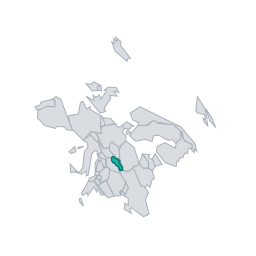 where Slovakia sits in Europe, rotated 61°
{"feature_id": "SVK", "entity_name": "Slovakia", "entity_type": "country or territory", "adm_level": 0, "iso_a3": "SVK", "parent_name": "Europe", "parent_adm1": "", "projection": "robinson", "projection_center": [19.621, 48.681], "detail": "fine", "context": "in_parent", "style": "filled", "palette": "teal", "viewbox_px": 256, "rotation_deg": 61, "n_neighbors": 37, "source": "natural_earth", "source_scale": "50m", "svg_char_len": 8781}
<svg xmlns="http://www.w3.org/2000/svg" viewBox="0 0 256 256"><g transform="rotate(61 128 128)"><path d="M134.5,52.2L148.3,51.1L157.8,54.2L152.5,55.3L148.3,60.2L145.6,60.3L134.5,52.2ZM181.6,82.0L175.6,83.6L176.5,81.4L173.3,80.1L166.3,85.0L157.7,82.6L154.4,85.8L149.8,85.3L138.3,97.6L138.2,100.1L135.7,100.1L133.8,103.3L134.2,113.5L130.5,118.0L128.8,115.8L123.2,119.9L115.9,118.9L115.4,107.2L152.7,81.2L174.0,77.0L181.7,79.2L178.7,80.0L181.6,82.0ZM170.0,51.1L160.9,52.9L149.1,50.5L160.6,49.8L170.0,51.1ZM164.8,57.3L160.0,58.4L156.2,57.8L157.6,57.0L156.3,56.1L160.7,55.6L164.8,57.3Z" fill="#d9dde1" stroke="#a8b0b8" stroke-width="1"/><path d="M104.4,145.6L120.0,153.4L113.4,161.9L116.9,173.2L99.5,178.2L88.5,174.2L91.6,164.5L82.7,157.3L82.7,154.6L91.4,154.8L91.0,150.6L93.5,152.2L104.4,145.6ZM120.6,181.1L122.7,175.7L121.9,181.8L120.6,181.1Z" fill="#d9dde1" stroke="#a8b0b8" stroke-width="1"/><path d="M130.5,118.0L135.3,109.5L133.8,103.3L135.7,100.1L138.2,100.1L146.7,87.1L156.3,83.5L163.4,87.3L164.6,93.6L160.2,94.5L158.2,98.9L149.1,104.6L147.2,109.4L151.5,113.6L146.2,118.4L143.4,127.7L135.1,130.3L130.5,118.0Z" fill="#d9dde1" stroke="#a8b0b8" stroke-width="1"/><path d="M177.5,127.5L185.1,129.6L185.0,132.3L190.8,137.6L187.0,138.6L188.6,142.1L185.3,144.9L165.0,144.0L164.7,135.5L170.4,134.2L172.9,129.4L177.5,127.5Z" fill="#d9dde1" stroke="#a8b0b8" stroke-width="1"/><path d="M199.8,165.8L204.4,166.5L196.8,170.6L192.2,167.0L195.5,165.1L189.6,161.9L180.9,167.1L181.3,162.9L184.7,163.0L180.4,156.7L169.3,158.1L161.0,155.6L166.2,148.2L165.0,144.0L167.9,142.9L185.3,144.9L186.2,142.3L194.2,141.3L199.4,147.6L213.4,151.2L213.1,157.5L199.5,163.5L199.8,165.8Z" fill="#d9dde1" stroke="#a8b0b8" stroke-width="1"/><path d="M164.7,135.5L165.7,140.0L164.0,140.7L166.5,147.2L163.0,153.3L143.8,148.2L138.0,138.9L138.2,136.1L148.2,132.1L164.7,135.5Z" fill="#d9dde1" stroke="#a8b0b8" stroke-width="1"/><path d="M146.0,156.7L143.0,162.0L138.9,163.0L123.7,160.5L134.0,159.1L136.1,153.9L144.6,154.2L146.0,156.7Z" fill="#d9dde1" stroke="#a8b0b8" stroke-width="1"/><path d="M161.0,155.6L162.9,157.6L157.9,163.4L150.3,165.4L143.6,161.4L146.0,156.7L161.0,155.6Z" fill="#d9dde1" stroke="#a8b0b8" stroke-width="1"/><path d="M174.4,156.3L180.4,156.7L184.7,163.0L181.3,162.9L179.6,166.4L179.0,161.5L174.4,156.3Z" fill="#d9dde1" stroke="#a8b0b8" stroke-width="1"/><path d="M179.6,166.4L183.7,167.2L180.8,173.1L163.8,172.7L155.6,164.1L164.1,156.8L174.4,156.3L179.0,161.5L179.6,166.4Z" fill="#d9dde1" stroke="#a8b0b8" stroke-width="1"/><path d="M172.9,129.4L170.4,134.2L164.7,135.5L157.7,127.9L168.3,126.7L172.9,129.4Z" fill="#d9dde1" stroke="#a8b0b8" stroke-width="1"/><path d="M174.8,122.8L177.5,127.5L172.9,129.4L168.3,126.7L157.7,127.9L161.7,121.9L163.9,124.5L168.9,121.1L174.8,122.8Z" fill="#d9dde1" stroke="#a8b0b8" stroke-width="1"/><path d="M176.3,115.8L174.8,122.8L166.6,121.7L163.8,116.8L176.3,115.8Z" fill="#d9dde1" stroke="#a8b0b8" stroke-width="1"/><path d="M138.2,136.1L140.5,145.7L132.3,148.8L136.1,153.9L134.0,159.1L117.9,158.5L120.0,153.4L115.9,152.7L114.3,149.3L114.7,143.0L117.2,141.6L118.4,136.3L121.2,136.9L123.2,135.1L122.7,131.7L126.6,131.6L129.3,135.2L133.8,133.5L138.2,136.1Z" fill="#d9dde1" stroke="#a8b0b8" stroke-width="1"/><path d="M162.9,171.1L163.8,172.7L180.8,173.1L179.4,179.5L164.0,182.0L162.9,171.1Z" fill="#d9dde1" stroke="#a8b0b8" stroke-width="1"/><path d="M174.8,204.8L169.9,206.2L166.1,204.9L166.6,203.3L174.8,204.8ZM158.1,183.9L175.2,181.2L173.6,183.9L166.4,184.4L168.5,186.5L163.0,186.1L167.6,195.9L164.7,194.9L164.9,200.5L162.8,200.6L155.4,188.4L158.1,183.9Z" fill="#d9dde1" stroke="#a8b0b8" stroke-width="1"/><path d="M158.1,183.9L155.4,188.4L153.1,186.1L154.1,176.9L158.1,183.9Z" fill="#d9dde1" stroke="#a8b0b8" stroke-width="1"/><path d="M144.7,162.7L153.1,167.4L142.1,168.9L150.2,177.7L142.8,173.9L139.6,168.0L135.9,167.7L144.7,162.7Z" fill="#d9dde1" stroke="#a8b0b8" stroke-width="1"/><path d="M124.1,158.9L126.2,162.8L116.9,165.4L113.2,163.5L115.7,158.8L124.1,158.9Z" fill="#d9dde1" stroke="#a8b0b8" stroke-width="1"/><path d="M113.5,149.4L114.5,151.7L113.1,151.5L113.5,149.4Z" fill="#d9dde1" stroke="#a8b0b8" stroke-width="1"/><path d="M114.8,146.8L113.1,151.5L104.4,145.6L111.6,144.4L114.8,146.8Z" fill="#d9dde1" stroke="#a8b0b8" stroke-width="1"/><path d="M117.7,137.1L114.8,146.8L106.8,144.9L111.4,138.5L117.7,137.1Z" fill="#d9dde1" stroke="#a8b0b8" stroke-width="1"/><path d="M66.1,180.0L68.7,178.5L74.0,181.8L69.8,188.4L70.7,194.3L67.6,199.0L64.4,198.9L65.1,193.6L63.2,191.8L66.1,180.0Z" fill="#d9dde1" stroke="#a8b0b8" stroke-width="1"/><path d="M69.0,198.0L69.8,188.4L74.0,181.8L68.7,178.5L66.1,180.0L65.6,175.7L70.3,172.9L103.1,177.7L100.0,182.4L96.0,183.2L92.1,189.6L93.1,191.8L85.5,199.6L75.1,202.3L69.0,198.0Z" fill="#d9dde1" stroke="#a8b0b8" stroke-width="1"/><path d="M80.8,135.7L78.2,141.5L68.8,143.1L71.8,139.3L71.0,135.6L77.7,131.1L77.1,135.0L80.8,135.7Z" fill="#d9dde1" stroke="#a8b0b8" stroke-width="1"/><path d="M126.5,161.2L136.5,162.7L136.8,166.1L131.9,166.8L132.5,171.7L149.9,185.7L149.7,187.7L145.3,185.4L145.8,191.2L141.5,194.9L142.9,190.9L140.8,186.8L128.1,178.2L125.3,172.3L121.4,170.6L116.9,173.2L115.6,164.6L126.5,161.2ZM131.3,196.0L141.0,193.7L139.6,199.8L131.3,196.0ZM118.5,183.5L123.5,185.1L122.9,190.1L120.2,191.2L118.5,183.5Z" fill="#d9dde1" stroke="#a8b0b8" stroke-width="1"/><path d="M126.6,131.6L122.7,131.7L121.9,126.1L129.1,121.9L128.0,124.9L129.7,126.4L126.6,131.6ZM133.7,127.7L132.7,132.3L129.8,130.3L129.5,128.8L133.7,127.7Z" fill="#d9dde1" stroke="#a8b0b8" stroke-width="1"/><path d="M80.8,135.7L77.1,135.0L77.7,131.1L82.7,133.2L80.8,135.7ZM89.4,137.4L85.2,128.8L83.4,130.5L82.7,125.3L87.0,118.8L92.4,118.7L88.9,122.6L94.8,122.1L90.7,128.1L93.5,128.4L99.3,139.1L102.7,139.8L101.4,145.1L80.0,149.2L87.5,144.6L82.4,142.5L85.6,141.4L85.2,137.0L89.4,137.4Z" fill="#d9dde1" stroke="#a8b0b8" stroke-width="1"/><path d="M68.2,92.1L67.0,94.2L69.2,96.5L54.8,102.0L44.7,100.4L47.7,98.9L42.7,97.2L47.6,95.6L42.6,94.9L49.0,92.3L52.2,94.5L68.2,92.1Z" fill="#d9dde1" stroke="#a8b0b8" stroke-width="1"/><path d="M136.5,162.7L143.6,161.4L144.7,162.7L140.9,166.6L136.1,166.4L136.5,162.7Z" fill="#d9dde1" stroke="#a8b0b8" stroke-width="1"/><path d="M176.5,81.4L175.4,85.9L179.4,88.1L177.3,90.5L180.5,94.3L179.1,97.1L181.6,99.6L180.7,101.8L184.7,104.1L183.9,105.9L176.3,112.2L162.5,114.5L158.3,111.5L158.7,103.0L168.5,96.5L163.7,92.3L163.4,87.3L156.3,83.5L166.3,85.0L173.3,80.1L176.5,81.4Z" fill="#d9dde1" stroke="#a8b0b8" stroke-width="1"/><path d="M140.5,145.7L147.8,148.4L151.5,151.6L138.3,155.1L133.0,151.4L132.3,148.8L140.5,145.7Z" fill="#d9dde1" stroke="#a8b0b8" stroke-width="1"/><path d="M150.5,177.1L144.2,171.9L142.8,167.4L153.0,168.8L153.3,173.6L150.5,177.1Z" fill="#d9dde1" stroke="#a8b0b8" stroke-width="1"/><path d="M162.2,178.3L164.0,182.0L156.8,182.9L157.3,179.3L162.2,178.3Z" fill="#d9dde1" stroke="#a8b0b8" stroke-width="1"/><path d="M151.4,164.9L155.6,164.1L163.1,169.8L162.7,177.8L159.7,178.6L157.4,174.7L155.7,176.5L152.6,173.8L151.4,164.9Z" fill="#d9dde1" stroke="#a8b0b8" stroke-width="1"/><path d="M155.1,177.3L153.0,180.0L150.2,177.7L152.6,173.8L155.1,177.3Z" fill="#d9dde1" stroke="#a8b0b8" stroke-width="1"/><path d="M156.7,180.1L155.1,177.3L156.8,174.9L160.3,176.9L156.7,180.1Z" fill="#d9dde1" stroke="#a8b0b8" stroke-width="1"/><path d="M162.3,153.2L162.3,153.3L162.2,153.5L161.9,153.9L161.7,154.4L161.6,154.6L161.2,155.0L161.2,155.6L160.1,155.9L159.9,155.9L159.8,155.7L159.7,155.7L159.6,155.4L159.3,155.2L159.1,155.1L158.9,155.1L158.4,155.3L158.0,155.3L157.8,155.2L157.4,155.1L156.8,155.1L156.3,155.2L156.3,155.3L155.9,156.0L155.3,156.3L154.7,156.6L154.3,156.6L154.0,156.4L153.8,156.3L153.6,156.4L153.4,156.5L152.7,156.9L151.7,157.0L151.3,157.1L151.2,157.4L151.2,157.5L151.3,157.7L151.2,157.9L150.4,158.0L149.4,158.0L148.8,158.0L148.3,158.0L147.9,157.8L147.5,157.6L147.0,157.2L146.9,157.2L146.6,157.1L146.3,157.0L146.2,156.8L146.0,156.4L145.7,155.7L145.8,155.3L145.9,155.1L145.9,154.9L146.0,154.6L146.3,154.3L146.5,154.0L147.0,154.0L147.5,154.1L147.9,154.0L148.3,153.9L148.5,153.7L148.8,153.4L149.2,153.3L149.3,153.2L149.3,152.8L149.4,152.6L149.5,152.5L150.1,152.2L150.4,151.9L150.6,151.7L150.8,151.6L151.0,151.6L151.4,151.6L151.5,151.5L151.8,151.6L151.8,151.8L151.9,152.0L152.4,152.0L152.7,151.5L152.8,151.5L153.1,151.4L153.2,151.2L153.4,151.3L153.5,151.6L153.7,151.8L153.8,151.9L153.9,152.0L154.1,152.0L154.3,152.3L154.2,152.6L154.3,152.7L154.5,152.7L155.0,152.8L155.2,152.4L155.4,152.3L155.6,152.2L155.8,152.1L156.1,152.0L156.3,152.0L156.7,152.0L157.0,152.1L157.4,152.3L157.6,152.3L157.8,152.2L158.0,151.9L158.5,151.8L158.8,151.9L159.7,151.9L159.9,152.0L160.4,152.2L160.6,152.3L160.7,152.5L160.8,152.7L161.3,152.9L162.1,153.1L162.3,153.2Z" fill="#14b8a6" stroke="#0f766e" stroke-width="1.5"/></g></svg>